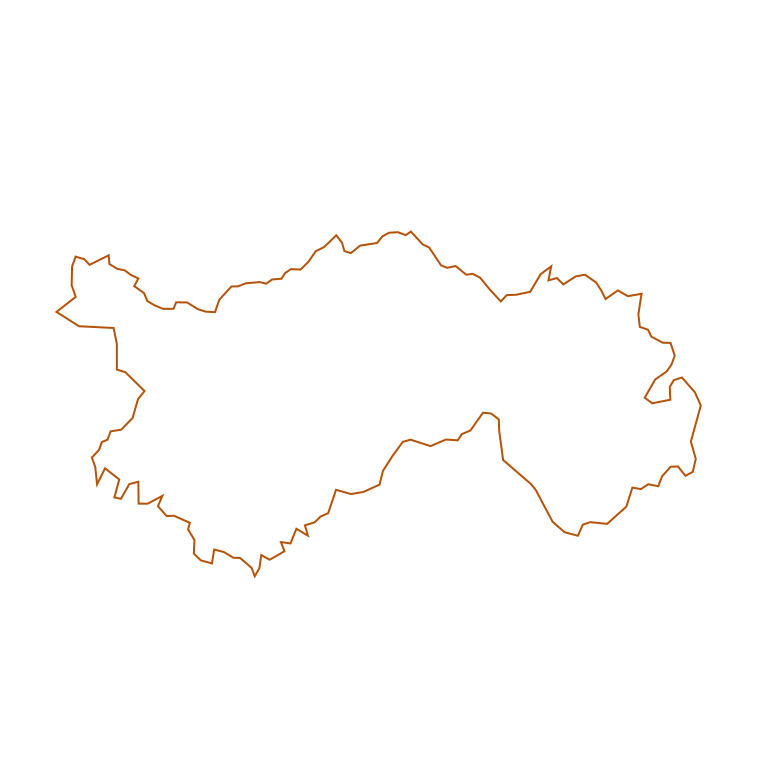 Trindade do Sul, Rio Grande do Sul, Brazil (Equal Earth projection), rotated 348°
{"feature_id": "56859067B60516557813465", "entity_name": "Trindade do Sul", "entity_type": "district", "adm_level": 2, "iso_a3": "BRA", "parent_name": "Brazil", "parent_adm1": "Rio Grande do Sul", "projection": "equal_earth", "projection_center": [-52.905, -27.526], "detail": "fine", "context": "isolated", "style": "outline", "palette": "amber", "viewbox_px": 768, "rotation_deg": 348, "n_neighbors": 0, "source": "geoboundaries", "source_scale": "gbopen_adm2", "svg_char_len": 2412}
<svg xmlns="http://www.w3.org/2000/svg" viewBox="0 0 768 768"><g transform="rotate(348 384 384)"><path d="M572.0,303.7L560.1,309.1L546.2,324.2L531.8,324.2L522.5,322.6L515.4,327.5L506.9,313.1L500.1,300.0L493.6,294.7L487.2,294.2L478.6,283.5L470.0,283.5L464.5,279.8L456.5,259.8L451.0,255.7L442.0,240.5L436.2,242.9L429.1,238.4L420.5,237.1L413.2,239.2L406.5,244.6L389.4,243.7L378.7,249.1L372.9,245.7L372.3,237.1L368.2,228.6L359.4,234.2L353.8,237.6L344.7,240.0L335.7,248.6L326.2,254.7L316.9,252.3L310.4,254.9L305.6,259.7L296.3,258.5L289.6,261.4L283.7,258.5L269.9,256.8L261.3,258.1L255.1,256.9L240.5,267.2L233.6,278.6L224.8,276.2L217.6,272.2L208.4,263.3L197.7,260.9L193.7,266.7L183.6,264.6L175.9,259.3L169.7,253.6L168.2,245.3L160.1,236.3L165.7,229.7L159.2,224.8L154.1,219.0L146.9,215.8L140.4,209.6L141.4,200.9L120.8,206.2L116.8,199.6L108.8,195.3L103.3,204.3L99.0,222.4L100.6,234.7L78.6,245.4L97.7,264.1L131.2,273.0L131.0,289.3L125.7,314.4L133.4,318.6L148.3,341.1L140.2,347.7L131.0,365.0L117.5,374.0L106.7,373.5L102.0,381.0L95.9,382.1L91.6,389.2L83.0,395.2L84.3,405.2L82.5,422.4L93.6,408.5L105.2,422.3L96.7,438.9L102.8,441.6L107.9,435.9L114.0,429.0L123.4,428.5L119.1,450.0L127.9,451.9L143.9,447.4L137.5,456.5L143.9,468.0L151.1,469.2L165.2,479.4L162.1,485.6L166.2,497.2L162.7,510.3L168.2,518.5L178.4,523.7L183.5,510.6L192.5,515.1L200.5,522.6L207.0,524.2L216.2,536.2L217.6,545.2L223.9,538.1L228.4,525.8L235.6,532.1L244.1,529.5L251.9,526.8L250.3,517.2L259.4,520.5L268.2,507.4L278.0,516.5L277.3,505.8L287.4,504.9L294.5,500.4L302.5,498.8L315.1,477.5L328.9,484.8L341.5,485.3L358.7,481.5L364.9,468.8L377.8,455.7L390.4,444.5L398.4,444.0L416.5,454.4L433.0,451.2L444.4,454.4L449.7,449.2L458.9,447.4L474.8,432.7L482.6,435.1L488.9,442.4L486.9,454.0L484.7,483.1L506.8,512.2L510.5,519.4L516.0,538.9L520.3,553.8L529.9,566.6L542.1,572.7L549.3,562.9L556.9,562.0L573.2,567.2L595.6,554.3L605.4,537.0L613.4,540.2L621.7,537.0L631.0,541.0L636.8,532.1L647.2,524.5L654.4,525.8L659.8,536.5L667.8,534.1L673.4,522.1L672.2,504.1L689.4,470.9L686.4,456.8L676.8,439.6L668.2,440.5L662.9,446.3L660.8,458.9L642.3,458.6L636.2,451.6L650.3,435.9L663.0,430.6L669.2,424.8L674.3,416.7L672.8,403.4L665.1,401.5L655.3,393.2L653.5,385.8L646.1,381.3L647.3,368.7L654.7,349.3L640.8,348.8L632.2,341.1L618.4,346.9L615.9,337.5L612.6,328.8L603.3,318.9L593.9,318.6L580.1,323.9L575.1,316.3L566.4,316.8L572.0,303.7Z" fill="none" stroke="#b45309" stroke-width="2"/></g></svg>